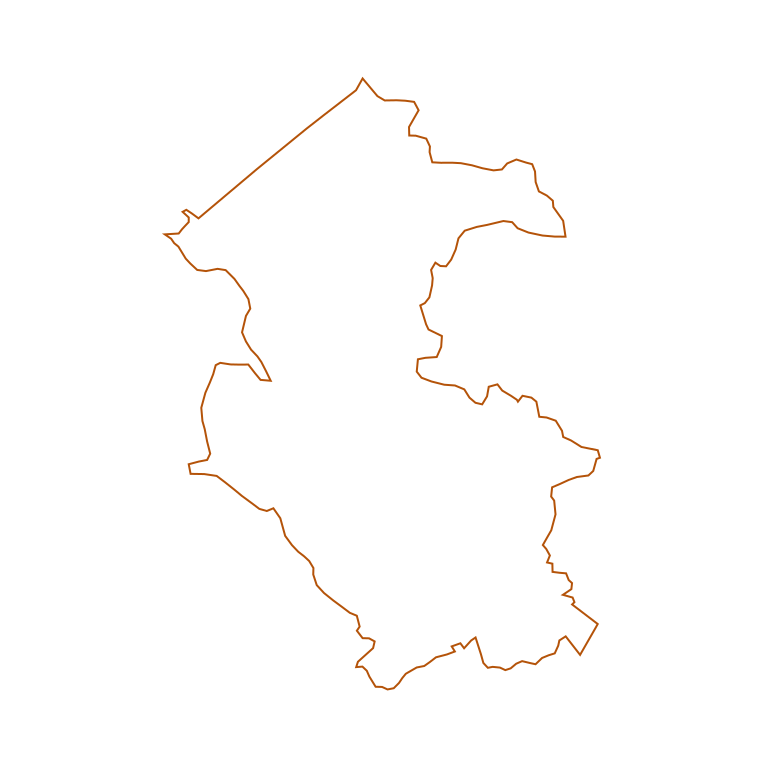 Kuala Terengganu, Terengganu, Malaysia, rotated 259°
{"feature_id": "92858781B69735571651191", "entity_name": "Kuala Terengganu", "entity_type": "district", "adm_level": 2, "iso_a3": "MYS", "parent_name": "Malaysia", "parent_adm1": "Terengganu", "projection": "albers", "projection_center": [103.071, 5.28], "detail": "fine", "context": "isolated", "style": "outline", "palette": "amber", "viewbox_px": 768, "rotation_deg": 259, "n_neighbors": 0, "source": "geoboundaries", "source_scale": "gbopen_adm2", "svg_char_len": 3092}
<svg xmlns="http://www.w3.org/2000/svg" viewBox="0 0 768 768"><g transform="rotate(259 384 384)"><path d="M270.4,581.9L278.2,581.2L284.5,565.8L292.9,556.8L297.8,549.8L304.1,549.8L315.2,545.6L320.1,537.2L322.2,530.2L337.6,530.2L342.5,526.1L346.0,517.7L341.1,512.1L343.2,511.4L348.1,506.5L355.0,498.8L362.0,495.3L361.3,486.3L352.2,482.8L345.3,476.5L348.1,470.2L354.3,465.3L363.4,461.8L369.0,453.4L371.8,443.0L377.4,431.1L383.0,422.0L389.9,418.5L401.8,422.0L401.8,429.7L400.4,440.9L409.5,447.2L420.0,450.0L429.0,438.1L434.6,436.7L454.2,434.6L455.6,439.5L460.4,445.1L471.6,450.0L478.6,452.0L487.0,452.0L493.3,457.6L489.1,461.8L487.7,467.4L493.3,473.7L502.3,480.0L512.8,484.9L519.1,492.5L520.5,505.1L520.5,515.6L521.2,532.3L518.4,540.7L511.4,544.9L505.1,554.7L499.5,567.9L496.1,579.8L494.0,590.3L510.0,591.0L517.7,587.5L525.4,584.0L531.7,584.7L537.9,579.8L543.5,572.8L553.3,571.4L563.8,572.8L571.5,571.4L574.2,565.8L579.1,556.8L577.0,547.0L572.1,540.7L572.8,532.3L577.0,521.8L581.9,512.1L586.1,501.6L588.2,493.2L590.3,482.1L592.4,473.7L602.9,473.0L608.4,474.4L616.8,472.3L621.7,462.5L623.1,456.2L631.5,457.6L646.1,470.2L655.2,467.4L658.0,459.0L660.1,450.6L662.2,438.8L667.8,432.5L688.0,421.3L677.7,412.6L659.3,376.0L649.5,356.8L619.1,300.1L582.0,233.5L588.3,227.7L592.7,223.2L591.4,219.2L584.7,224.1L580.2,223.2L576.7,218.3L574.4,215.2L570.9,211.2L572.7,197.4L567.2,202.8L562.3,204.9L558.1,208.4L544.9,213.3L539.3,216.8L531.6,222.4L528.8,230.8L528.8,242.6L526.0,250.3L515.6,257.3L507.9,260.8L502.3,263.6L493.2,267.1L483.5,267.1L477.2,261.5L461.8,254.5L452.1,256.6L443.0,260.1L435.3,265.0L429.0,267.8L419.3,270.6L408.8,273.4L411.6,263.6L419.3,259.4L429.0,254.5L430.4,246.8L432.5,237.1L436.0,227.3L434.6,222.4L426.2,218.2L418.6,213.3L409.5,207.0L395.5,200.1L382.3,198.7L373.9,199.4L361.3,199.4L348.8,200.1L343.2,195.9L343.2,187.5L342.5,177.0L332.7,177.0L329.9,190.3L325.7,202.2L318.0,209.1L309.0,216.8L301.3,223.1L292.2,231.5L285.2,237.8L281.7,244.7L283.1,251.7L272.0,256.6L253.8,258.0L243.4,262.9L235.7,267.8L230.1,272.7L224.5,276.8L216.8,279.6L210.5,278.2L199.4,279.6L190.3,285.2L181.2,292.9L172.8,300.6L165.9,306.8L161.7,313.1L150.5,313.8L147.0,310.3L138.6,314.5L137.2,320.8L133.1,325.7L126.8,322.9L122.6,315.9L116.3,305.4L111.4,302.7L110.7,308.9L105.8,312.4L99.6,313.8L88.4,318.0L87.0,324.3L83.5,329.2L83.5,335.5L87.7,341.7L91.9,345.9L95.4,350.1L99.5,362.0L99.5,369.7L102.3,375.9L105.8,382.9L106.5,394.1L107.9,402.5L113.5,400.4L114.9,409.5L109.3,412.2L115.6,420.6L117.7,425.5L100.2,427.6L91.2,428.3L85.6,431.8L85.6,436.7L83.5,443.7L80.0,448.5L80.7,454.1L84.2,460.4L85.6,466.7L82.1,474.4L80.0,479.3L84.9,486.9L86.3,493.9L87.0,500.2L93.9,505.1L98.8,507.2L101.6,514.2L80.7,524.8L104.3,545.2L107.6,548.0L131.7,526.6L133.5,529.3L138.4,528.4L142.9,519.4L146.9,528.8L152.7,530.6L156.3,527.9L163.4,526.6L165.2,520.3L167.4,513.6L175.5,515.0L177.7,510.0L184.0,514.1L191.1,511.8L195.6,509.2L201.8,514.5L208.5,520.3L223.3,527.5L237.1,528.8L241.6,526.6L250.5,529.3L252.3,537.7L254.6,547.1L255.9,555.6L255.2,567.2L258.7,572.8L269.9,578.4L270.4,581.9Z" fill="none" stroke="#b45309" stroke-width="2"/></g></svg>